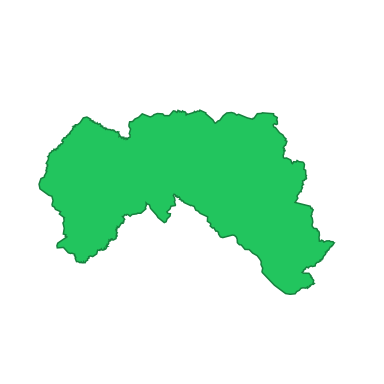 Sanam Chai Khet, Chachoengsao, Thailand, rotated 14°
{"feature_id": "78962969B69796195925566", "entity_name": "Sanam Chai Khet", "entity_type": "district", "adm_level": 2, "iso_a3": "THA", "parent_name": "Thailand", "parent_adm1": "Chachoengsao", "projection": "albers", "projection_center": [101.646, 13.611], "detail": "fine", "context": "isolated", "style": "filled", "palette": "green", "viewbox_px": 384, "rotation_deg": 14, "n_neighbors": 0, "source": "geoboundaries", "source_scale": "gbopen_adm2", "svg_char_len": 6035}
<svg xmlns="http://www.w3.org/2000/svg" viewBox="0 0 384 384"><g transform="rotate(14 192 192)"><path d="M211.1,105.3L206.6,106.9L203.8,110.6L201.6,115.9L200.1,116.7L198.2,119.5L197.2,119.4L194.7,116.9L186.4,112.8L186.3,111.9L179.8,110.7L179.6,111.9L177.7,112.1L176.3,113.7L174.9,113.2L174.5,114.4L169.2,117.6L168.6,117.4L167.7,118.6L167.0,116.7L165.6,115.8L164.8,116.3L163.2,115.6L162.6,117.0L160.5,116.4L160.3,117.2L158.7,116.2L158.1,118.5L156.0,117.6L154.3,117.8L151.5,123.4L146.7,124.6L144.7,123.3L139.5,124.2L136.4,126.2L135.4,127.8L133.3,129.3L124.8,128.2L122.1,132.5L119.0,134.9L117.3,138.0L114.5,139.0L114.6,142.2L115.1,143.8L117.2,145.7L117.0,150.7L118.0,151.3L118.6,153.8L116.8,155.0L116.6,156.3L115.5,155.9L115.3,156.5L114.8,155.6L113.3,157.0L112.7,155.4L111.5,155.6L111.5,156.2L110.4,155.9L110.4,156.4L108.5,154.9L107.8,155.6L107.8,154.0L106.4,152.7L106.4,151.6L105.6,152.0L105.3,151.5L103.7,152.4L101.2,150.9L101.0,151.4L99.6,151.0L98.8,151.7L97.7,151.2L94.6,151.8L93.6,151.0L92.9,152.0L92.0,150.7L91.1,151.5L89.6,150.8L89.5,150.1L88.1,150.3L88.5,149.8L88.0,149.8L86.2,148.0L84.6,149.1L83.4,148.0L83.3,148.5L81.2,148.7L80.7,147.7L79.5,148.1L78.9,147.2L78.7,147.7L77.9,147.0L77.1,147.3L76.3,146.4L75.8,146.6L75.9,145.8L71.9,144.7L68.6,146.4L66.6,151.9L64.7,154.4L62.5,155.0L62.5,156.0L61.0,157.0L62.1,157.2L61.3,157.6L60.8,159.5L61.2,160.0L59.5,163.0L59.6,164.7L59.0,164.6L59.0,165.5L57.9,166.0L57.8,167.1L56.8,167.9L56.7,169.4L54.5,170.5L54.5,171.5L53.6,172.5L53.4,174.0L54.9,174.3L54.6,176.4L53.1,177.2L52.6,179.1L51.8,178.8L51.0,180.4L51.2,182.3L49.9,182.5L49.8,183.5L49.0,183.7L49.3,184.2L47.7,183.9L47.6,185.4L46.1,186.0L45.8,187.6L44.3,189.0L44.6,191.0L43.5,192.6L44.4,193.0L44.7,195.4L43.6,199.5L45.2,200.3L45.1,201.2L45.7,201.6L44.9,203.9L45.6,204.4L45.1,206.2L45.9,206.8L45.5,207.1L46.0,207.8L44.9,212.0L45.2,213.2L42.2,215.5L41.7,221.4L43.7,225.7L53.8,229.8L57.1,230.0L59.3,234.1L59.2,238.0L59.9,239.4L62.2,240.0L63.7,241.9L69.3,242.9L68.6,245.4L74.3,247.8L73.9,248.3L75.0,251.3L74.3,253.3L76.8,258.0L77.3,263.9L80.0,264.1L79.7,265.5L81.4,265.9L74.1,274.1L73.9,276.8L74.8,278.8L80.7,276.9L86.7,280.9L89.2,281.0L90.1,280.4L93.2,280.8L93.3,282.1L94.4,282.6L94.3,283.3L95.1,283.8L94.8,284.8L96.8,287.5L98.2,287.1L100.5,287.7L101.4,286.6L102.1,287.3L103.6,287.0L103.7,286.1L104.2,286.7L105.4,286.5L105.8,284.7L107.2,283.4L106.8,282.0L108.1,280.9L107.4,279.7L109.0,278.6L111.3,278.7L114.5,275.1L114.5,271.2L116.6,271.0L116.5,270.3L117.3,270.2L117.7,269.3L118.1,270.0L119.5,270.0L120.6,269.4L120.6,268.0L121.3,268.7L122.0,268.2L122.6,266.5L121.9,265.5L122.8,265.2L122.0,265.0L122.7,264.0L122.3,263.3L123.3,263.0L123.6,262.0L123.0,260.1L124.1,259.5L123.5,258.7L124.5,258.9L125.2,257.9L124.7,257.5L125.4,256.9L125.9,256.9L125.8,257.8L127.3,257.6L129.5,255.6L129.3,253.9L129.7,253.3L129.2,252.9L129.8,252.5L128.7,250.9L129.4,249.7L128.3,248.9L128.2,247.5L127.8,247.8L127.2,246.8L128.0,245.6L127.6,245.1L128.4,244.6L128.0,243.6L129.5,244.0L130.9,239.6L132.5,239.0L131.9,238.4L133.1,237.5L132.6,236.3L133.3,234.8L130.6,232.6L131.5,232.3L132.2,230.3L133.8,230.4L134.2,229.5L135.4,229.4L137.8,230.5L139.3,228.3L143.8,226.5L144.1,225.8L147.5,225.0L151.3,219.5L150.5,218.6L150.9,215.9L150.2,213.8L151.3,214.5L153.8,214.7L155.7,217.9L163.2,223.0L165.2,225.0L172.5,228.4L174.1,227.1L174.3,224.2L176.5,220.6L176.3,218.3L173.8,218.6L172.4,217.3L174.8,213.8L175.0,210.9L179.0,209.2L179.1,208.6L177.2,205.6L177.6,204.6L176.4,201.8L174.7,200.0L175.1,198.5L176.1,198.6L177.2,200.0L178.2,199.5L178.4,200.4L179.6,200.7L180.7,199.9L182.4,201.6L181.9,202.1L184.4,202.6L184.3,203.1L185.9,203.0L186.7,204.1L194.1,205.5L194.4,205.1L197.6,205.5L200.0,208.7L202.5,209.0L205.0,210.7L213.2,212.3L214.0,216.7L217.6,218.0L218.1,219.1L217.8,220.5L220.6,222.0L221.9,221.4L224.5,224.2L225.7,223.9L227.4,224.7L228.0,226.4L230.4,228.7L232.9,228.8L241.6,224.0L243.5,223.8L245.8,224.9L247.2,226.7L248.3,230.2L250.7,231.7L252.6,231.4L257.3,234.9L261.5,234.0L265.6,236.6L270.7,238.0L274.7,241.3L276.1,243.0L276.5,245.7L279.0,248.7L279.2,252.3L279.7,253.1L294.5,262.5L307.4,267.9L311.9,267.5L316.7,265.8L317.7,263.3L319.9,261.4L321.0,259.1L322.9,258.1L325.8,257.7L326.9,256.3L327.4,257.3L329.4,254.8L328.9,254.4L331.5,252.1L332.1,252.2L332.8,251.1L331.5,250.9L331.4,248.2L329.4,246.9L329.1,245.9L327.7,245.6L327.9,244.7L325.1,242.6L319.8,243.8L318.3,243.3L319.4,241.6L319.1,240.7L320.6,239.4L320.3,239.0L321.4,237.1L323.3,237.5L323.8,236.2L325.6,234.9L326.9,235.2L329.4,233.9L329.2,232.1L330.3,230.1L331.7,229.5L332.7,228.4L332.8,227.3L333.5,227.6L333.6,226.6L334.4,226.3L334.4,225.4L335.0,225.2L335.1,222.7L336.5,220.3L336.7,218.9L336.1,218.1L337.5,217.4L337.4,216.0L338.6,215.3L339.4,212.0L340.7,211.1L340.5,210.4L341.3,209.8L342.3,207.0L341.7,207.1L340.9,206.1L338.2,206.6L337.3,206.1L334.4,206.9L332.1,208.7L330.9,207.6L329.2,207.4L328.9,208.4L327.5,208.9L326.1,205.0L326.1,203.1L325.1,200.2L324.2,199.3L323.0,199.3L322.6,197.9L321.5,197.4L319.0,197.8L317.0,196.2L316.4,194.9L316.5,192.0L315.0,188.3L313.2,186.4L313.8,184.9L313.3,183.5L313.9,180.0L312.7,179.4L312.4,178.7L311.5,179.1L310.2,177.2L294.5,177.2L296.2,172.4L294.9,170.7L295.1,169.4L296.0,168.0L296.3,166.1L297.9,165.2L297.4,164.5L298.1,161.0L297.2,160.5L297.6,158.4L298.3,157.9L297.1,157.0L297.5,156.6L296.6,154.5L298.3,153.5L298.1,152.6L299.6,151.8L299.8,150.9L298.7,149.7L299.1,148.4L298.2,147.8L297.0,143.4L295.0,142.9L294.5,138.2L293.5,136.9L292.3,136.2L288.4,136.7L286.3,136.0L285.9,137.6L283.3,138.0L282.7,140.2L282.1,140.1L280.1,137.1L275.5,136.1L273.4,136.9L272.3,136.4L271.5,134.0L271.9,133.5L271.5,129.9L272.3,129.5L272.1,129.0L270.9,129.1L271.0,127.5L269.9,127.1L270.6,124.5L271.4,124.1L271.8,119.8L270.0,119.4L270.4,117.7L268.3,116.7L266.4,114.7L262.6,113.4L257.4,109.3L255.6,109.1L254.5,107.3L255.5,105.7L257.4,106.2L258.4,105.3L257.6,102.5L256.8,102.4L256.7,99.1L252.8,98.0L252.2,96.3L241.0,98.2L240.5,98.9L236.4,100.2L234.3,105.5L233.5,105.6L233.2,106.7L227.7,106.7L218.4,105.3L216.7,106.6L214.1,105.4L211.1,105.3Z" fill="#22c55e" stroke="#15803d" stroke-width="1.5"/></g></svg>